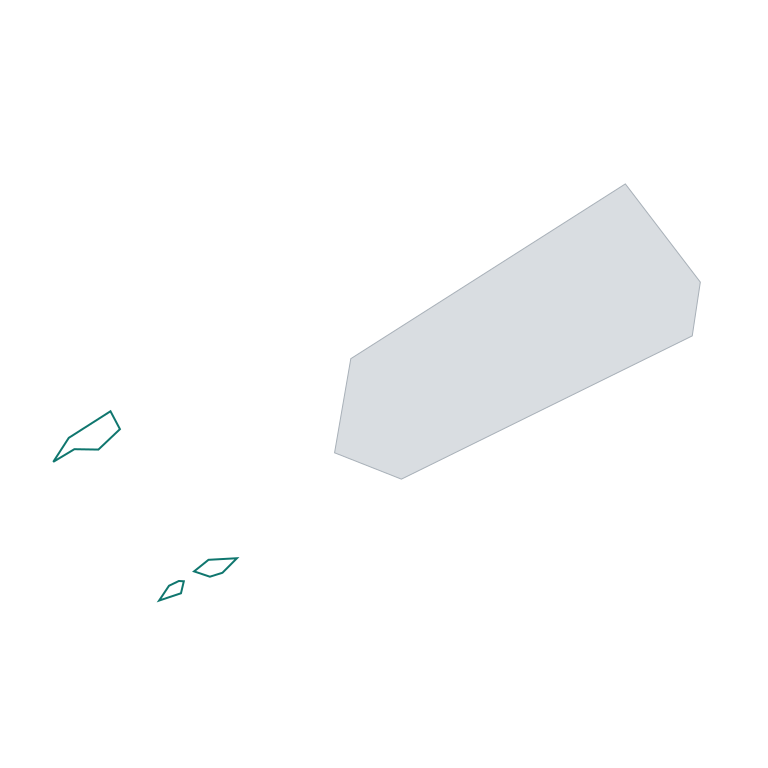 United States Virgin Islands highlighted, Natural Earth projection, rotated 149°
{"feature_id": "VIR", "entity_name": "United States Virgin Islands", "entity_type": "country or territory", "adm_level": 0, "iso_a3": "VIR", "parent_name": "North America", "parent_adm1": "", "projection": "natural_earth1", "projection_center": [-64.793, 18.043], "detail": "fine", "context": "with_neighbors", "style": "outline", "palette": "teal", "viewbox_px": 768, "rotation_deg": 149, "n_neighbors": 1, "source": "natural_earth", "source_scale": "50m", "svg_char_len": 538}
<svg xmlns="http://www.w3.org/2000/svg" viewBox="0 0 768 768"><g transform="rotate(149 384 384)"><path d="M95.0,266.5L418.1,293.5L461.8,350.5L399.4,422.8L74.1,431.2L60.4,308.4L95.0,266.5Z" fill="#d9dde1" stroke="#a8b0b8" stroke-width="1"/><path d="M662.6,474.9L683.0,487.6L707.6,487.6L681.9,500.2L632.5,501.5L633.6,481.3L662.6,474.9ZM643.3,321.2L625.0,323.7L599.8,310.4L619.7,305.4L632.5,308.5L643.3,321.2ZM688.3,314.2L672.2,321.8L661.3,320.8L657.2,318.0L665.8,309.2L688.3,314.2Z" fill="none" stroke="#0f766e" stroke-width="2"/></g></svg>